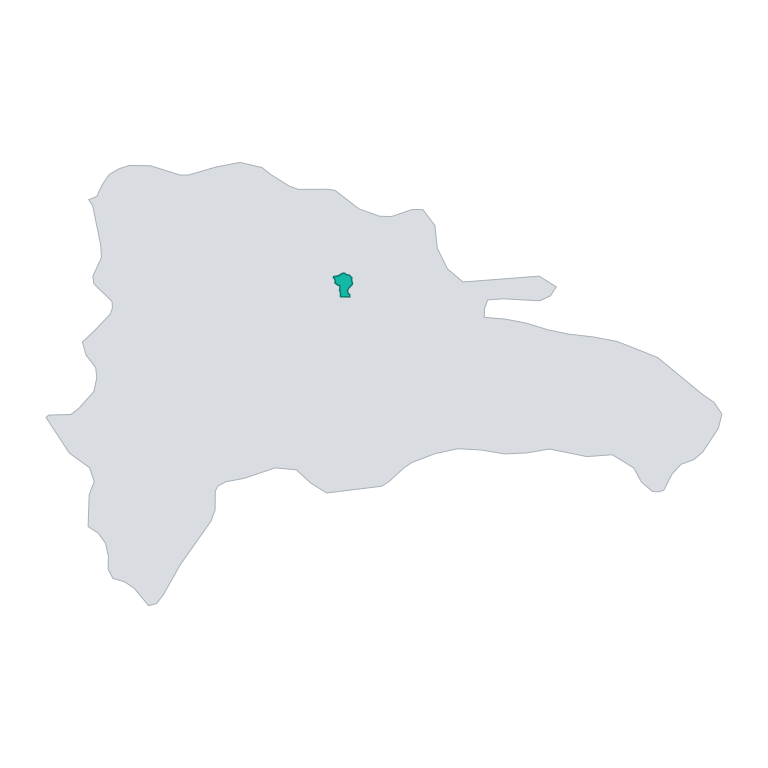 Villa Tapia, Hermanas, Dominican Republic (highlighted)
{"feature_id": "3306468B10183104109049", "entity_name": "Villa Tapia", "entity_type": "district", "adm_level": 2, "iso_a3": "DOM", "parent_name": "Dominican Republic", "parent_adm1": "Hermanas", "projection": "albers", "projection_center": [-70.39, 19.285], "detail": "fine", "context": "in_parent", "style": "filled", "palette": "teal", "viewbox_px": 768, "rotation_deg": 0, "n_neighbors": 0, "source": "geoboundaries", "source_scale": "gbopen_adm2", "svg_char_len": 3495}
<svg xmlns="http://www.w3.org/2000/svg" viewBox="0 0 768 768"><path d="M88.1,526.6L89.2,494.6L94.2,481.6L89.7,467.8L69.4,453.1L57.0,434.2L46.1,417.5L48.6,415.1L70.8,414.5L78.7,408.5L93.8,391.6L96.8,377.9L95.7,367.5L86.1,355.1L82.4,342.0L94.5,330.7L110.2,314.2L112.4,307.9L112.1,301.5L94.0,283.9L92.8,276.4L101.5,257.4L100.7,244.8L92.6,205.5L88.7,199.6L96.8,196.4L102.2,184.8L109.3,174.4L118.8,168.9L129.5,165.4L150.7,165.8L180.1,175.1L188.4,175.0L216.6,166.9L240.1,162.4L262.1,167.6L271.0,174.7L289.1,186.0L298.2,189.4L327.0,189.2L334.9,190.3L359.0,208.9L379.3,216.2L391.2,216.6L412.3,209.4L422.8,209.6L434.9,225.5L437.3,248.2L447.5,268.9L463.0,282.0L539.1,276.1L556.2,286.9L550.4,295.9L539.7,300.8L503.4,298.8L487.6,300.0L484.4,309.0L484.4,317.3L505.6,319.2L526.5,323.2L547.7,329.8L569.3,334.2L593.6,337.0L617.5,341.6L657.6,357.5L702.1,394.1L714.0,402.4L721.9,414.0L718.4,428.3L702.8,451.9L694.0,459.6L681.0,464.3L672.1,474.0L663.7,490.4L658.4,491.9L652.2,491.3L641.5,482.1L633.7,467.9L612.3,454.7L586.9,456.6L549.5,449.0L526.9,452.9L504.3,453.9L481.1,450.0L457.8,448.7L434.6,453.8L412.1,462.4L403.8,467.9L389.3,481.3L381.6,486.2L326.7,493.0L310.9,483.2L296.3,469.8L275.2,467.9L244.5,478.2L225.4,481.9L217.6,486.3L215.3,491.3L215.1,510.0L210.8,521.4L180.7,564.1L163.6,594.3L156.6,603.6L148.6,605.6L134.0,588.1L124.6,581.8L113.0,578.5L108.1,569.2L108.4,556.1L105.5,543.3L98.4,533.3L88.1,526.6Z" fill="#d9dde1" stroke="#a8b0b8" stroke-width="1"/><path d="M350.2,276.0L349.7,275.4L349.2,275.3L348.7,275.1L348.4,275.0L348.0,274.9L347.0,274.9L346.7,274.8L346.5,274.7L346.2,274.6L346.0,274.4L345.1,273.6L344.9,273.4L344.6,273.3L344.3,273.2L344.0,273.2L343.4,273.2L343.0,273.2L342.6,273.2L342.3,273.3L342.2,273.4L342.1,273.6L341.9,274.0L341.7,274.2L341.4,274.3L340.7,274.3L340.1,274.6L339.7,274.9L339.5,275.0L339.4,275.1L339.3,275.5L339.2,275.6L339.0,275.8L338.9,275.8L338.5,275.9L337.4,275.9L336.9,276.0L336.5,276.1L336.0,276.3L335.6,276.4L335.0,276.4L333.9,276.4L333.6,276.8L333.5,277.0L333.4,277.1L333.4,277.4L333.5,277.6L333.7,278.0L334.5,278.8L334.8,279.1L334.9,279.3L335.3,280.1L335.4,280.3L335.4,280.6L335.4,280.8L335.3,281.0L335.1,281.3L335.0,281.6L335.0,281.8L334.9,282.1L334.9,282.5L335.0,282.7L335.1,283.0L335.3,283.3L335.7,283.6L336.0,283.7L336.3,284.0L337.2,284.7L337.5,285.0L338.0,285.2L338.9,285.3L339.1,285.3L339.3,285.4L339.5,285.5L339.8,285.9L339.8,286.0L339.9,286.3L339.9,286.7L339.9,288.2L339.8,288.9L339.8,289.2L339.8,289.5L339.7,289.7L339.5,290.1L339.5,290.3L339.5,290.5L340.0,291.0L340.2,291.4L340.1,291.8L340.3,292.1L340.6,292.6L340.7,292.8L340.7,293.0L340.5,293.6L340.5,294.0L340.4,294.5L340.4,295.2L340.4,295.8L340.4,296.2L340.4,296.4L340.5,296.5L340.9,296.8L341.3,296.8L343.7,296.8L349.7,296.9L349.7,295.1L349.7,294.7L349.6,294.4L349.4,294.2L349.2,294.1L348.8,294.0L348.6,293.9L348.3,293.7L348.2,293.5L348.1,293.3L347.9,292.5L347.7,292.0L347.6,291.7L347.5,291.2L347.5,290.8L347.6,290.6L347.6,290.3L347.7,290.2L347.9,289.7L348.1,289.2L348.4,288.7L348.7,288.2L348.8,288.0L349.0,287.7L349.3,287.4L349.6,287.1L350.0,286.9L350.2,286.7L350.4,286.3L350.7,286.0L352.0,284.7L352.2,284.4L352.3,284.2L352.4,283.9L352.4,283.5L352.4,283.2L352.4,282.8L352.3,282.5L352.1,282.1L352.0,281.9L351.9,281.6L351.8,280.8L351.8,280.6L351.7,280.3L351.5,279.9L351.5,279.7L351.5,279.4L351.6,279.1L351.8,278.7L351.9,278.1L351.8,277.8L351.7,277.6L351.5,277.3L351.3,277.2L351.0,277.0L350.8,276.9L350.5,276.7L350.4,276.5L350.3,276.4L350.2,276.0Z" fill="#14b8a6" stroke="#0f766e" stroke-width="1.5"/></svg>